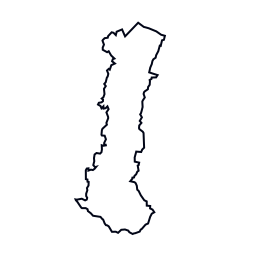 outline of Canóvanas, Puerto Rico, rotated 14°
{"feature_id": "32010507B23731839572395", "entity_name": "Canóvanas", "entity_type": "district", "adm_level": 2, "iso_a3": "PRI", "parent_name": "Puerto Rico", "parent_adm1": "", "projection": "equal_earth", "projection_center": [-65.891, 18.333], "detail": "fine", "context": "isolated", "style": "outline", "palette": "ink", "viewbox_px": 256, "rotation_deg": 14, "n_neighbors": 0, "source": "geoboundaries", "source_scale": "gbopen_adm2", "svg_char_len": 2564}
<svg xmlns="http://www.w3.org/2000/svg" viewBox="0 0 256 256"><g transform="rotate(14 128 128)"><path d="M94.4,210.0L94.9,210.7L96.6,211.8L101.8,216.5L102.7,216.9L106.4,216.0L108.4,216.6L109.2,218.3L112.5,219.7L115.3,221.6L122.8,220.9L125.3,222.7L126.0,222.8L128.5,226.3L130.1,227.6L131.4,227.5L133.1,228.1L137.5,232.6L141.3,231.6L143.7,232.1L146.1,228.4L149.6,227.2L153.1,227.5L154.5,228.8L158.2,229.7L159.0,229.0L160.5,228.3L164.4,225.7L164.9,223.5L165.8,222.6L168.4,217.5L170.6,215.8L171.0,208.8L171.8,205.4L173.9,203.4L171.5,201.2L168.9,200.7L168.4,198.3L165.0,198.8L163.9,194.7L161.3,194.2L156.7,190.2L153.6,186.5L151.9,185.6L150.5,181.9L148.8,179.7L147.5,179.0L143.1,179.1L144.5,176.1L144.3,175.1L145.8,174.5L145.9,172.8L147.1,171.0L147.6,168.1L148.6,166.9L146.5,162.1L147.3,161.4L147.2,158.9L142.7,159.0L142.0,156.4L141.6,155.0L141.7,149.6L141.7,148.9L146.6,148.1L147.0,145.5L148.4,143.2L144.3,129.1L143.2,128.0L139.3,126.3L138.7,125.4L138.3,122.8L139.8,119.8L137.7,118.3L138.9,114.3L136.5,111.8L137.0,110.6L137.1,108.1L137.1,104.1L135.5,98.9L135.7,97.7L136.9,94.3L134.9,91.2L134.9,89.4L135.4,88.4L137.9,85.6L137.6,83.3L138.6,80.8L138.0,77.4L137.4,76.2L138.9,74.7L138.8,73.3L143.0,72.1L143.9,69.5L138.8,69.2L135.1,68.9L135.0,64.0L135.6,60.3L135.5,57.1L136.0,55.2L137.8,53.1L137.7,50.6L138.8,46.1L138.9,40.4L139.9,40.4L139.8,34.7L141.5,33.7L141.5,29.6L137.6,29.5L132.1,27.4L124.0,26.2L120.8,26.1L118.9,26.1L112.4,23.4L103.0,39.8L102.3,38.9L98.4,33.8L93.7,37.3L93.7,40.8L90.9,39.1L89.0,39.1L86.5,43.6L86.5,45.3L83.6,46.5L82.3,48.7L82.1,49.4L84.5,52.9L84.0,56.1L84.6,58.2L89.4,59.5L90.7,58.2L94.1,61.7L98.0,63.9L96.6,64.9L96.4,67.1L99.7,68.6L96.6,71.1L96.2,75.8L95.0,75.3L93.7,77.3L95.8,80.2L95.8,83.1L95.3,84.1L95.3,89.0L94.3,91.0L96.3,92.7L95.2,95.8L97.0,100.8L96.7,104.0L95.4,105.8L96.9,106.5L97.2,108.1L96.1,109.5L93.6,110.6L93.2,112.5L96.0,113.3L97.5,115.3L98.9,112.9L99.6,115.1L101.5,114.2L102.8,112.0L104.6,114.4L103.3,118.1L106.0,122.0L106.4,123.3L105.8,128.3L106.7,129.9L103.4,134.9L103.2,136.5L103.9,141.0L104.5,141.6L107.2,141.1L109.3,144.3L108.5,148.3L108.9,149.9L110.4,149.6L110.7,150.2L108.4,151.2L106.7,151.1L107.9,155.2L108.1,157.9L107.1,159.6L103.5,159.9L102.0,161.8L102.3,165.5L103.3,168.4L103.3,172.4L105.5,174.0L106.5,173.4L105.5,175.6L104.1,177.3L102.1,177.4L99.9,178.9L99.4,176.7L97.8,177.3L97.3,179.2L99.5,187.8L101.1,187.8L101.7,189.9L102.9,189.9L103.6,193.4L102.7,196.2L103.6,198.2L103.3,201.9L103.9,204.2L105.3,205.6L105.3,207.4L103.9,208.6L100.3,207.8L95.7,209.9L94.4,210.0Z" fill="none" stroke="#020617" stroke-width="2"/></g></svg>